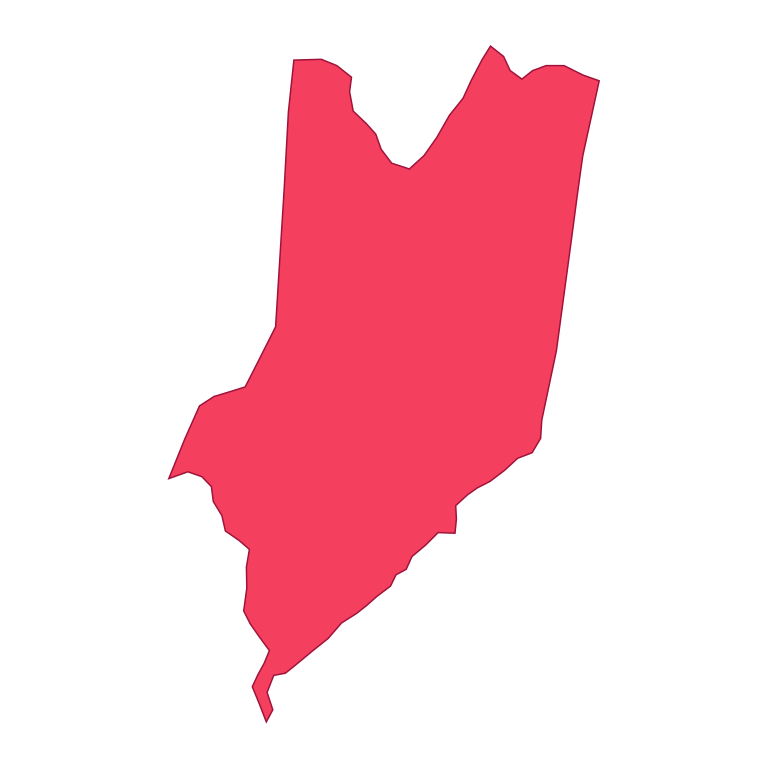 the district of Mendes, Rio de Janeiro, Brazil
{"feature_id": "56859067B47602698199945", "entity_name": "Mendes", "entity_type": "district", "adm_level": 2, "iso_a3": "BRA", "parent_name": "Brazil", "parent_adm1": "Rio de Janeiro", "projection": "robinson", "projection_center": [-43.745, -22.531], "detail": "fine", "context": "isolated", "style": "filled", "palette": "rose", "viewbox_px": 768, "rotation_deg": 0, "n_neighbors": 0, "source": "geoboundaries", "source_scale": "gbopen_adm2", "svg_char_len": 1195}
<svg xmlns="http://www.w3.org/2000/svg" viewBox="0 0 768 768"><path d="M168.8,478.6L187.8,471.8L201.9,476.7L211.4,486.6L213.3,501.5L221.9,515.6L225.4,531.0L239.0,540.4L249.4,549.4L246.4,567.1L246.8,588.3L243.7,610.9L250.2,623.8L258.5,635.7L269.4,650.6L264.2,663.2L258.0,674.5L252.3,686.7L259.2,703.5L266.3,721.9L272.8,709.8L267.1,692.4L273.7,675.4L285.4,673.2L295.1,665.4L312.3,651.1L328.2,638.4L341.5,623.0L357.0,613.1L366.7,605.4L377.0,596.3L390.5,586.1L396.0,574.8L406.2,569.3L411.9,556.6L425.7,545.0L438.1,532.6L455.0,533.2L456.4,519.1L455.7,505.6L467.4,494.9L477.1,488.0L490.0,481.4L504.5,470.4L517.6,458.3L532.1,452.7L540.6,438.4L541.8,420.0L556.4,350.8L560.6,319.7L571.1,242.0L577.3,195.1L580.9,169.0L582.8,155.7L599.2,80.8L582.8,75.0L564.0,65.6L546.1,65.6L532.6,70.6L521.9,79.1L510.2,70.6L503.6,56.5L490.5,46.1L482.1,59.6L471.2,80.5L463.1,98.2L449.5,115.2L436.9,137.3L424.1,155.5L409.3,169.0L391.7,163.2L381.2,149.4L375.8,134.2L366.5,123.8L353.2,111.1L349.6,91.8L351.5,77.2L336.8,65.6L321.3,59.3L293.9,60.1L288.4,111.9L284.2,188.8L275.6,326.8L259.9,358.0L245.2,386.9L227.6,392.4L214.0,396.5L199.5,405.9L184.7,439.2L168.8,478.6Z" fill="#f43f5e" stroke="#9f1239" stroke-width="1.5"/></svg>